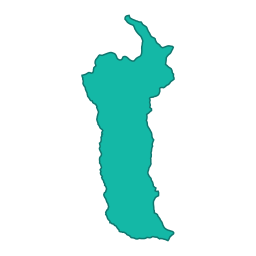 Nova Ponte, Minas Gerais, Brazil (orthographic projection)
{"feature_id": "56859067B80558453593269", "entity_name": "Nova Ponte", "entity_type": "district", "adm_level": 2, "iso_a3": "BRA", "parent_name": "Brazil", "parent_adm1": "Minas Gerais", "projection": "orthographic", "projection_center": [-47.697, -19.247], "detail": "fine", "context": "isolated", "style": "filled", "palette": "teal", "viewbox_px": 256, "rotation_deg": 0, "n_neighbors": 0, "source": "geoboundaries", "source_scale": "gbopen_adm2", "svg_char_len": 5834}
<svg xmlns="http://www.w3.org/2000/svg" viewBox="0 0 256 256"><path d="M129.1,15.4L127.8,15.6L126.4,16.0L125.5,16.8L125.1,17.8L125.0,19.2L126.0,20.3L126.7,21.2L127.5,22.3L128.9,23.3L130.3,24.1L131.9,24.7L133.3,25.3L134.0,26.5L134.6,28.0L134.9,29.0L135.6,30.1L136.2,31.2L136.8,32.0L137.6,33.0L138.4,33.9L139.5,35.0L140.6,36.0L141.3,37.1L141.9,38.5L142.5,40.0L142.8,41.2L142.4,42.6L142.2,45.0L141.8,46.5L141.7,48.3L141.8,49.4L141.8,51.7L141.6,53.4L141.1,55.0L140.1,56.3L138.8,56.9L137.5,57.6L136.2,58.5L135.4,59.5L134.7,60.2L133.9,61.0L132.8,61.1L131.6,60.8L130.7,60.4L129.5,59.6L128.5,58.7L127.7,57.9L126.8,57.2L125.7,56.6L124.2,56.5L123.0,57.0L122.4,58.4L121.9,59.3L120.9,59.9L119.5,60.0L118.6,59.5L117.6,58.9L116.9,57.8L116.4,56.3L115.7,54.9L114.8,53.8L113.7,53.3L112.3,52.8L111.1,52.5L109.9,52.6L108.9,52.9L107.9,53.2L106.8,53.6L105.5,54.1L104.0,54.7L103.0,55.1L102.1,55.4L100.8,55.2L99.7,55.0L98.8,55.6L98.1,56.7L97.3,57.8L96.5,58.8L95.8,59.7L95.3,60.9L95.1,62.1L95.1,63.3L95.6,64.5L95.9,65.8L95.0,66.6L93.9,67.6L93.5,69.4L93.4,71.3L92.7,72.7L91.2,73.2L89.8,72.6L88.5,72.6L87.5,73.2L86.5,73.8L85.4,74.4L84.3,74.7L83.4,75.0L82.0,75.3L82.2,76.8L82.8,77.7L82.7,79.0L83.1,80.2L83.3,81.4L83.1,82.4L83.0,83.7L83.7,85.2L84.6,86.6L85.3,87.6L85.4,89.0L86.0,90.6L86.6,91.9L87.1,92.8L87.2,94.0L87.5,95.2L87.7,96.3L88.5,97.3L89.4,98.6L90.2,100.0L91.0,100.7L92.3,101.0L92.8,102.6L93.8,103.3L94.6,103.8L95.8,104.3L96.3,105.5L97.0,106.3L96.7,107.5L97.2,108.6L97.9,110.3L98.5,111.8L98.3,113.0L97.9,114.3L97.5,115.8L97.2,117.0L97.1,118.1L96.8,119.1L97.0,120.3L97.5,121.8L98.0,123.0L98.0,124.2L98.7,125.0L99.4,126.2L99.9,127.4L100.5,128.4L102.1,129.5L102.8,130.6L102.2,131.6L101.7,133.0L102.5,134.0L101.7,134.8L101.9,136.1L101.0,137.2L101.2,138.7L101.2,140.3L100.9,141.7L100.3,142.6L99.5,143.2L99.7,144.2L100.1,145.6L100.1,146.9L99.4,148.2L99.6,149.5L100.2,150.8L100.9,152.3L101.5,153.7L101.3,155.5L100.3,156.7L99.6,158.0L99.5,159.7L99.7,161.6L99.6,163.0L100.5,164.2L101.0,165.8L101.5,167.1L101.2,168.4L100.2,169.5L100.5,170.7L101.0,171.7L100.4,172.9L100.8,174.5L101.7,175.7L102.3,176.6L101.7,177.6L102.2,178.6L102.5,179.5L103.4,180.3L103.6,181.4L103.9,182.5L104.8,183.8L104.6,185.2L105.4,186.0L106.0,186.9L106.3,187.9L106.6,189.1L106.1,190.2L105.8,191.2L105.5,192.1L104.5,192.7L104.1,193.7L103.8,194.7L104.0,195.7L104.5,196.8L105.0,197.7L105.6,198.5L106.2,200.0L106.7,201.6L107.2,202.6L107.8,203.4L108.2,205.0L108.7,206.9L108.1,208.2L107.8,209.5L106.8,210.1L106.4,211.2L105.7,212.3L106.0,213.4L105.7,214.4L106.3,215.2L106.9,216.2L107.2,217.3L107.6,218.4L108.3,219.6L109.2,220.4L110.0,221.4L109.9,222.7L110.9,222.9L112.1,223.8L113.8,224.2L114.5,225.4L115.7,225.7L116.5,226.7L117.3,228.0L118.1,229.0L119.0,230.0L119.3,231.3L120.3,231.8L121.3,231.8L122.6,232.3L123.9,232.2L125.1,232.9L126.2,233.6L126.8,234.5L127.7,235.0L128.7,235.3L130.0,236.2L131.2,237.6L132.9,237.8L134.3,238.1L135.7,238.8L137.1,239.0L138.5,238.6L139.5,238.3L140.5,238.5L141.8,238.6L143.3,238.6L144.8,238.5L145.9,238.1L147.0,237.4L148.5,237.6L149.9,237.8L151.2,237.4L152.2,236.7L153.2,236.6L154.2,236.9L155.5,237.1L157.2,237.2L158.2,238.0L159.6,238.9L160.5,238.5L161.4,238.6L162.5,238.7L163.7,239.1L164.6,239.3L165.7,239.6L166.6,240.0L167.9,240.6L168.7,239.6L169.1,238.6L169.6,237.6L170.2,236.6L171.3,235.7L172.1,234.9L172.9,234.4L173.6,233.7L173.7,232.7L173.0,231.8L171.9,231.3L170.6,231.0L169.7,230.6L168.5,230.3L167.4,229.9L166.5,229.4L165.4,228.7L164.4,227.8L163.8,226.9L163.3,225.9L162.8,224.9L162.4,223.5L161.8,222.0L161.0,220.9L160.3,219.8L159.8,218.6L159.1,217.7L158.0,216.3L157.4,214.6L156.1,213.7L154.3,212.8L154.3,210.8L153.8,209.4L153.8,207.9L153.7,206.7L153.5,205.0L153.4,203.9L153.4,202.4L153.6,200.9L154.1,200.0L154.8,198.7L155.4,197.5L156.9,196.5L158.5,195.7L158.6,194.0L158.6,192.6L158.1,191.2L156.5,191.4L155.1,190.7L155.5,189.4L155.9,188.0L154.6,187.3L153.3,185.9L153.2,184.4L152.8,183.2L152.6,182.2L151.9,181.2L151.3,180.0L151.0,178.4L150.3,177.5L149.4,176.6L148.7,175.2L148.0,173.9L147.8,172.4L148.0,171.4L148.5,170.1L148.7,169.1L149.0,167.7L149.8,166.5L150.5,165.2L151.0,163.9L150.8,162.4L150.8,160.7L150.8,159.4L150.6,158.2L151.2,156.7L151.3,154.5L151.0,153.2L151.1,152.1L151.5,151.1L151.6,149.3L151.9,147.6L152.6,146.2L152.2,144.8L152.3,143.8L152.6,142.8L152.9,141.7L153.4,140.8L153.7,139.8L152.7,138.6L152.1,137.2L151.9,135.9L151.8,134.4L151.4,132.6L150.7,131.4L150.0,130.0L149.0,128.3L148.2,127.1L147.4,125.4L147.3,124.1L147.2,122.8L146.8,121.4L146.3,120.4L146.8,119.0L147.0,117.0L146.8,115.4L146.7,114.4L148.0,113.5L148.8,112.9L149.5,112.2L150.4,111.3L151.5,110.6L151.5,108.9L150.6,108.2L149.8,107.4L150.0,106.2L150.3,105.1L149.9,103.5L149.6,102.3L149.8,101.3L150.1,100.1L149.5,98.8L149.9,97.8L150.9,97.4L151.8,97.2L153.2,97.1L154.3,96.5L155.6,96.3L156.8,95.8L158.1,95.0L159.0,93.8L159.4,92.6L159.8,91.4L159.8,90.0L159.6,88.7L160.2,87.8L161.2,87.5L162.2,87.5L163.6,87.7L164.5,87.2L165.6,86.3L166.7,85.3L168.1,84.7L169.0,84.0L169.7,83.2L170.2,82.4L170.9,81.5L171.9,80.8L172.9,80.1L174.0,79.2L174.0,77.9L173.5,76.9L173.4,75.7L173.5,74.1L172.6,73.2L172.2,72.1L172.1,70.9L171.7,69.9L171.1,68.7L170.1,68.0L169.0,67.4L167.8,66.4L167.0,65.5L165.6,64.4L165.8,62.6L166.1,60.4L166.2,58.8L166.3,57.6L167.0,56.5L167.9,55.4L168.9,54.4L170.0,53.6L170.8,52.6L171.4,51.4L172.0,50.1L172.7,48.9L173.3,47.2L172.3,46.4L171.0,46.2L169.3,45.9L168.0,45.9L167.0,46.2L165.6,46.7L164.3,47.2L163.4,47.5L162.4,47.7L161.3,47.1L160.3,46.2L159.9,45.3L158.7,44.3L157.3,43.3L156.6,42.6L156.0,41.4L155.4,40.2L155.2,38.9L154.2,38.0L153.0,37.5L152.0,37.0L150.8,35.9L150.2,34.6L149.4,33.0L148.7,32.0L148.0,30.7L147.5,29.5L147.1,28.5L146.7,27.4L145.9,26.6L145.0,26.0L143.7,25.2L142.6,24.4L142.0,23.3L141.1,22.0L139.5,22.0L138.2,21.6L137.2,21.1L136.1,20.9L134.9,20.3L133.6,19.8L132.6,19.4L131.3,18.7L130.2,18.1L129.5,16.8L129.1,15.4Z" fill="#14b8a6" stroke="#0f766e" stroke-width="1.5"/></svg>